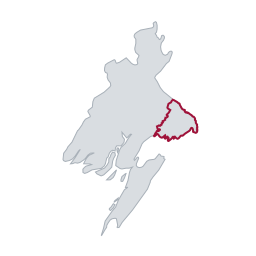 where Sylhet sits in Bangladesh, rotated 41°
{"feature_id": "BGD-2488", "entity_name": "Sylhet", "entity_type": "Division", "adm_level": 1, "iso_a3": "BGD", "parent_name": "Bangladesh", "parent_adm1": "", "projection": "equal_earth", "projection_center": [91.663, 24.595], "detail": "fine", "context": "in_parent", "style": "outline", "palette": "rose", "viewbox_px": 256, "rotation_deg": 41, "n_neighbors": 0, "source": "natural_earth", "source_scale": "10m", "svg_char_len": 6550}
<svg xmlns="http://www.w3.org/2000/svg" viewBox="0 0 256 256"><g transform="rotate(41 128 128)"><path d="M95.0,181.7L95.0,175.4L91.7,163.2L91.9,161.9L91.3,156.0L90.4,152.7L90.1,149.3L92.1,144.3L91.3,143.5L86.9,141.9L86.4,140.6L87.4,135.7L84.2,131.1L83.0,127.6L86.5,116.5L87.4,108.7L87.1,107.2L85.1,105.5L81.5,104.8L78.9,103.3L77.4,101.1L76.1,100.3L74.6,100.9L72.6,100.1L70.9,97.9L69.5,95.2L70.1,92.3L72.8,85.5L73.8,85.3L76.1,86.6L76.9,86.6L78.5,83.9L80.6,76.2L88.0,76.9L89.8,76.7L91.6,76.0L92.6,75.1L93.2,73.8L93.0,72.8L90.8,71.3L89.9,70.3L89.3,67.2L88.6,66.0L84.2,65.9L81.9,64.5L80.7,63.2L78.4,59.0L75.7,55.9L73.0,55.2L72.0,54.2L71.5,52.6L71.8,50.3L73.2,45.9L80.6,36.4L80.8,35.3L80.5,34.1L78.4,32.6L78.3,31.8L78.9,29.8L80.1,29.6L82.6,31.4L85.1,34.3L86.6,36.9L86.7,39.0L88.7,39.4L90.3,40.3L92.1,40.1L93.2,40.6L93.9,40.4L94.2,39.2L92.8,36.2L93.5,35.0L95.2,35.0L96.4,36.1L97.2,38.4L97.4,42.0L99.3,45.3L101.9,47.6L103.9,48.6L106.3,49.4L108.4,48.7L109.5,46.4L109.0,44.4L109.4,42.6L110.2,41.6L111.5,41.6L112.5,43.1L115.3,50.8L114.7,54.2L115.3,63.7L114.5,69.9L115.0,72.3L115.5,72.7L119.8,73.9L126.0,76.4L130.8,77.3L152.3,76.6L157.0,77.8L171.5,76.9L175.4,78.9L179.6,82.1L182.1,84.5L182.5,85.9L182.2,87.1L181.4,87.7L179.9,87.7L176.6,86.2L176.0,86.6L175.9,90.4L173.2,99.8L172.8,102.7L171.8,103.8L169.0,104.4L167.1,109.9L166.3,110.6L164.5,109.4L163.3,109.6L161.8,110.1L160.4,111.4L159.4,112.9L158.2,113.5L154.2,113.4L153.4,115.9L150.7,119.3L148.9,128.1L149.0,130.8L151.3,137.9L152.8,147.1L153.4,148.0L154.2,148.1L154.2,143.9L155.0,143.3L155.9,143.8L157.8,149.5L158.9,150.9L160.6,151.3L162.5,150.5L163.9,148.8L164.5,147.0L164.0,140.8L164.9,138.3L168.2,134.6L168.7,133.4L168.5,127.2L169.7,127.0L171.4,127.5L173.5,126.1L174.1,126.0L175.0,127.6L176.5,127.3L178.8,139.6L179.0,148.3L179.5,153.1L180.3,154.2L182.8,161.4L185.2,186.9L185.5,203.1L186.5,208.7L185.7,209.9L184.9,210.1L184.1,208.2L178.8,204.1L177.5,204.5L175.6,206.9L174.9,209.1L175.2,212.2L175.8,215.3L177.1,217.1L177.2,219.0L178.6,226.4L178.2,226.4L175.3,219.7L171.8,213.2L170.6,201.4L170.5,195.7L168.1,188.9L165.8,177.0L166.8,172.8L165.1,174.7L162.4,167.6L158.3,160.6L157.1,157.6L157.0,154.6L155.2,157.6L152.8,159.7L150.3,162.9L148.6,163.8L143.4,164.4L140.4,160.2L136.0,149.8L135.5,147.4L136.1,141.3L135.0,135.5L134.8,130.5L134.0,130.9L133.7,132.3L133.8,134.5L133.5,136.3L126.2,135.1L129.3,138.1L132.7,138.8L134.4,141.5L134.5,146.1L131.2,148.8L131.5,151.1L133.4,153.9L131.1,154.7L130.4,156.5L130.4,159.1L132.0,163.1L131.7,164.7L134.4,169.9L135.0,172.4L134.3,176.0L128.3,183.2L126.5,188.3L125.1,190.7L123.2,191.1L121.0,188.7L121.0,186.2L121.4,184.2L124.6,179.5L122.9,180.1L118.0,184.1L117.1,180.9L116.5,177.9L116.5,174.3L118.9,168.9L116.2,171.6L115.5,174.9L115.8,178.9L115.4,181.7L114.4,185.4L113.0,187.6L110.7,189.0L109.6,191.2L108.1,192.8L107.6,185.4L106.0,175.4L105.7,177.6L106.5,183.8L106.4,187.8L105.1,191.0L102.6,194.4L100.7,194.9L99.6,194.4L96.0,189.2L95.7,184.3L95.0,181.7ZM139.1,181.8L134.6,183.0L132.3,182.6L136.6,173.6L136.5,169.6L135.8,166.3L133.7,163.7L133.6,161.8L132.6,159.3L132.1,156.3L134.5,155.3L136.4,157.0L137.1,160.4L138.1,163.0L141.4,168.2L141.3,171.5L140.4,179.4L139.1,181.8ZM148.6,178.8L145.9,181.2L146.8,167.1L148.8,172.3L149.3,175.2L148.6,178.8ZM159.0,171.8L157.8,172.8L156.7,171.9L155.3,168.6L156.0,164.3L156.4,163.7L158.1,168.0L159.0,171.8ZM169.0,201.7L167.5,201.9L166.7,200.9L167.1,199.4L166.6,194.8L168.6,194.4L169.3,198.2L169.0,201.7ZM167.3,188.8L166.1,193.4L165.7,191.4L166.5,187.3L167.3,188.8ZM135.7,151.9L136.1,153.4L133.6,151.5L133.0,150.1L134.1,149.4L135.7,151.9Z" fill="#d9dde1" stroke="#a8b0b8" stroke-width="1"/><path d="M174.0,98.1L173.7,98.4L173.3,98.7L173.0,99.1L172.9,99.7L173.0,101.8L172.9,102.8L172.5,103.6L171.8,103.9L171.1,104.0L169.0,103.8L168.9,104.2L169.5,105.4L169.5,105.8L169.0,105.6L168.5,105.1L168.2,104.8L167.7,105.1L167.6,105.7L167.9,107.0L167.8,107.7L167.3,110.6L167.1,111.2L166.8,111.4L166.3,111.3L165.5,110.3L165.4,110.0L165.4,109.3L165.3,109.0L165.1,109.0L163.5,108.6L163.2,109.0L163.3,109.7L163.4,110.4L163.4,111.0L163.2,111.5L162.7,111.7L162.2,111.6L161.8,111.3L161.5,110.7L161.1,109.4L160.8,109.2L160.7,109.6L160.4,111.8L160.2,112.5L160.0,113.0L159.6,113.3L159.0,113.5L158.0,113.7L157.0,113.6L155.1,113.1L154.1,113.2L153.8,114.0L153.7,115.3L153.5,116.7L153.2,117.0L152.9,116.9L152.7,116.8L152.7,116.6L152.8,116.0L152.8,115.8L152.8,115.7L152.7,115.5L152.4,115.2L152.3,114.6L152.3,114.4L152.2,114.0L152.1,113.8L152.1,113.1L152.1,112.7L152.1,112.4L152.0,112.1L151.8,111.6L151.8,111.3L151.8,111.1L151.9,110.9L152.0,110.8L152.1,110.7L152.7,110.6L152.8,110.5L152.9,110.4L152.7,110.3L152.1,110.1L152.0,109.8L152.0,109.7L152.8,109.1L153.2,108.7L153.3,108.6L153.3,108.4L153.1,108.2L152.7,108.2L152.5,108.3L152.3,108.4L151.5,109.3L150.8,109.2L148.8,107.8L149.0,107.4L149.2,107.2L149.5,106.0L150.4,105.6L150.9,105.1L150.6,104.4L150.9,104.1L151.0,104.0L151.2,103.7L151.1,103.4L151.0,103.2L150.8,102.9L150.3,102.3L150.7,102.0L150.7,101.5L150.7,101.4L150.6,100.7L150.3,100.6L150.0,100.6L149.8,100.4L149.6,100.1L149.7,99.9L149.9,99.6L150.1,99.2L150.4,98.6L150.7,97.4L150.3,97.1L150.2,97.0L150.0,96.8L149.9,96.4L149.6,95.9L149.5,95.7L149.9,95.5L150.1,95.3L150.2,95.1L150.2,94.9L150.2,94.7L150.3,94.5L150.3,94.3L150.4,94.1L150.5,93.9L150.5,93.7L150.4,93.3L150.3,93.0L150.0,92.8L149.2,92.8L148.9,92.9L148.6,92.8L148.5,92.2L148.7,90.4L148.6,88.9L148.4,88.2L148.1,86.7L145.1,87.1L144.3,86.7L142.7,83.3L143.0,82.1L143.2,81.5L143.5,81.0L143.6,80.7L143.6,80.3L143.2,78.8L143.3,77.3L143.5,77.3L144.3,76.9L148.3,76.1L149.7,76.2L150.1,76.1L150.6,75.8L150.9,75.8L152.1,76.6L155.8,78.0L156.8,78.1L157.1,78.0L157.6,77.8L157.9,77.8L158.2,77.7L158.6,77.3L158.8,77.2L159.2,77.2L159.4,77.5L159.6,77.9L160.0,78.3L160.4,78.4L161.1,78.4L161.7,78.3L161.9,78.0L162.0,77.5L162.3,77.4L162.7,77.6L162.9,77.7L163.1,77.6L163.2,77.1L163.4,77.0L163.8,76.9L165.0,77.0L167.7,76.6L169.1,76.9L169.6,76.7L170.2,76.4L171.1,76.5L171.9,76.7L172.5,77.0L173.0,77.7L173.1,77.9L173.3,78.0L173.7,78.0L173.9,78.2L174.0,78.2L174.4,78.1L174.6,78.2L174.7,78.3L175.1,78.9L175.5,79.3L175.8,79.6L176.1,79.7L176.6,79.9L177.9,80.1L178.1,80.3L178.5,81.0L179.2,81.4L179.8,81.8L179.9,82.5L180.0,82.8L180.6,83.0L181.4,83.9L181.7,84.0L181.8,84.2L181.6,84.4L182.2,84.8L182.4,85.1L182.6,85.6L182.7,86.2L182.6,86.6L182.3,87.2L181.4,87.5L179.8,88.2L179.6,88.1L179.4,88.0L179.3,87.8L179.3,87.6L177.6,86.3L176.6,85.9L175.8,86.3L175.7,86.9L175.8,87.5L176.2,88.6L176.2,89.1L176.2,89.6L176.1,90.2L174.8,94.6L174.6,95.9L174.5,97.0L174.4,97.6L174.1,98.1L174.0,98.1Z" fill="none" stroke="#9f1239" stroke-width="2"/></g></svg>